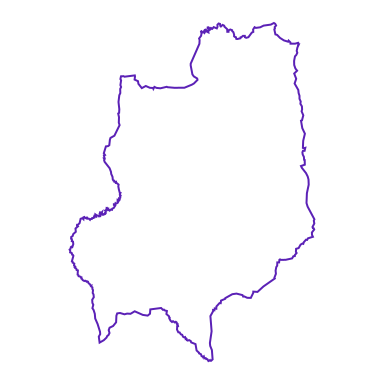 Mueang Nakhon Ratchasima, Nakhon Ratchasima, Thailand (Natural Earth projection)
{"feature_id": "78962969B83988834469907", "entity_name": "Mueang Nakhon Ratchasima", "entity_type": "district", "adm_level": 2, "iso_a3": "THA", "parent_name": "Thailand", "parent_adm1": "Nakhon Ratchasima", "projection": "natural_earth1", "projection_center": [102.052, 14.965], "detail": "fine", "context": "isolated", "style": "outline", "palette": "violet", "viewbox_px": 384, "rotation_deg": 0, "n_neighbors": 0, "source": "geoboundaries", "source_scale": "gbopen_adm2", "svg_char_len": 5890}
<svg xmlns="http://www.w3.org/2000/svg" viewBox="0 0 384 384"><path d="M298.2,42.8L295.0,43.7L290.5,43.7L290.4,42.4L288.6,40.6L288.1,41.7L283.9,40.4L280.0,37.9L277.1,34.9L275.4,34.4L274.3,29.3L274.9,28.6L274.7,27.1L276.1,25.5L275.2,23.8L273.9,23.0L270.8,24.6L263.6,25.6L260.2,27.3L255.8,27.9L254.6,27.2L253.1,29.5L253.3,31.9L251.8,32.6L248.4,37.2L246.2,37.8L244.9,37.2L244.8,35.9L242.9,35.9L241.4,37.2L240.6,37.3L240.4,38.3L237.4,39.0L236.3,38.9L235.9,37.2L234.6,36.8L234.0,36.1L234.2,35.0L233.4,32.2L232.2,31.1L232.1,30.2L230.3,29.5L228.6,30.3L228.5,31.8L227.3,31.8L227.2,29.2L224.4,26.6L224.2,25.7L222.6,24.9L220.9,26.5L220.3,25.9L220.0,23.9L218.6,23.5L217.4,24.8L217.5,26.9L216.8,28.4L213.7,27.1L212.3,28.8L210.9,27.9L209.9,28.6L208.5,27.3L207.7,27.4L207.6,28.3L210.0,29.7L208.2,31.0L208.4,32.4L206.6,31.5L206.9,30.5L205.5,29.6L204.8,29.9L204.1,31.0L205.1,31.8L204.4,33.0L203.3,31.9L202.4,32.5L201.5,31.2L201.0,31.5L201.5,33.5L201.1,35.8L199.1,38.5L199.6,40.0L199.4,43.8L190.7,63.7L190.7,65.5L192.4,74.4L193.8,76.4L197.2,78.5L197.5,79.9L193.9,83.5L191.8,84.7L184.5,87.7L174.4,87.8L167.5,87.2L166.8,86.8L160.4,88.3L156.5,87.9L154.4,86.9L153.4,88.8L153.1,88.0L149.9,87.8L145.8,86.0L141.8,88.1L138.4,83.8L138.0,81.2L134.6,79.6L135.0,76.4L134.8,75.4L124.5,76.7L123.6,76.2L121.0,76.3L120.4,79.1L121.1,80.3L120.4,85.1L121.1,87.0L120.2,88.9L120.3,93.1L119.3,95.2L118.5,102.0L119.3,109.2L119.1,112.9L118.2,113.5L119.0,117.2L118.8,122.7L119.6,125.1L114.4,135.7L110.5,137.9L109.9,139.7L109.3,145.2L108.1,146.1L105.9,146.4L103.8,153.3L105.0,155.0L103.9,155.5L104.6,158.2L103.9,158.3L104.5,159.4L104.1,160.1L104.6,161.8L109.6,168.2L111.0,171.9L111.2,173.9L112.5,176.8L112.8,179.6L113.5,180.7L114.1,180.7L114.4,181.8L116.0,181.7L115.9,183.0L116.8,183.1L118.6,184.6L118.3,186.4L118.9,189.6L119.8,192.9L120.4,193.0L119.8,194.2L120.6,195.6L120.0,195.9L120.3,197.7L119.4,198.9L119.0,198.6L118.9,199.3L119.6,199.8L119.2,200.5L118.5,200.7L118.3,199.9L117.6,199.7L117.6,200.7L118.4,201.1L117.7,201.7L118.0,202.2L117.7,202.8L115.9,203.8L115.4,203.3L114.9,204.7L113.9,204.4L113.9,205.0L115.2,205.7L113.7,208.0L112.2,208.7L112.0,209.8L110.7,209.6L109.7,210.6L108.3,209.2L108.4,210.0L108.0,210.2L107.1,209.4L107.9,208.4L106.6,208.0L106.4,209.7L105.2,210.5L105.9,211.2L105.0,212.9L105.7,213.2L105.2,214.0L103.1,214.8L102.7,213.8L101.7,213.4L102.0,212.1L101.4,212.7L100.1,212.3L99.8,213.2L100.5,213.3L100.3,214.1L100.9,214.8L100.1,215.1L100.2,216.2L98.9,216.4L98.2,215.5L97.0,215.5L95.4,214.4L95.4,215.2L96.4,215.8L96.3,216.6L95.3,216.1L94.8,217.0L94.2,216.2L93.4,218.0L92.1,218.1L91.9,218.9L90.4,219.1L90.0,219.8L88.9,218.7L87.3,218.3L86.7,216.8L86.6,218.5L84.6,217.6L84.3,217.0L83.5,217.3L83.4,219.2L82.3,218.2L80.6,218.8L79.6,223.1L77.9,224.8L77.1,224.8L77.0,225.7L77.9,226.4L75.5,228.5L75.8,231.8L73.3,234.0L72.6,236.1L71.2,237.0L71.1,238.7L71.7,238.9L72.0,240.0L71.8,241.2L73.0,241.6L73.3,244.1L72.3,247.1L71.4,246.7L70.8,247.2L70.6,248.7L69.6,249.6L70.3,251.1L70.1,252.4L71.8,253.1L72.1,254.6L72.8,254.8L73.4,255.8L71.9,261.3L72.6,261.8L72.6,262.6L74.3,263.6L74.0,265.4L75.0,266.4L74.7,266.9L75.3,267.1L75.1,267.9L76.3,268.7L76.6,270.0L77.9,270.4L77.6,274.6L78.4,275.2L78.6,276.2L80.7,276.8L81.1,277.8L81.5,277.7L81.5,278.7L82.1,279.0L82.7,280.1L84.3,281.0L85.2,280.7L86.7,281.7L87.0,281.3L88.0,281.7L88.6,283.3L89.9,284.2L90.8,286.0L91.4,285.7L91.3,286.4L92.4,287.4L92.4,289.0L93.0,290.1L92.7,293.0L93.5,294.4L93.8,297.2L92.2,299.8L92.4,302.9L93.3,304.8L92.4,308.2L93.6,310.0L94.8,313.8L95.2,318.5L97.6,324.0L100.0,331.7L100.2,334.1L98.8,336.6L99.6,342.6L103.8,340.2L106.5,337.6L107.3,335.9L108.4,335.2L109.5,333.0L108.7,330.1L109.6,327.7L113.1,326.0L116.1,322.3L116.4,315.7L117.2,313.4L120.0,313.0L124.5,314.3L127.1,313.6L130.5,313.8L134.7,311.3L142.8,314.9L147.7,315.6L150.0,313.7L150.3,309.4L161.1,308.0L162.9,309.8L163.9,309.6L164.5,310.3L166.9,311.0L166.4,314.0L169.1,316.4L169.2,317.7L169.7,318.0L169.4,318.6L170.6,320.8L172.0,322.0L173.0,321.2L174.9,322.5L175.8,321.8L176.7,322.5L176.9,323.9L177.6,324.1L177.3,325.5L177.9,325.5L178.1,326.2L177.2,326.8L177.0,329.5L178.3,332.3L179.6,332.4L180.8,334.3L182.2,334.8L183.0,336.7L184.2,337.4L185.0,337.1L185.1,337.8L185.9,338.2L185.8,339.1L186.6,339.0L186.9,340.2L187.8,340.6L189.1,340.1L190.7,341.0L191.2,342.4L195.5,344.1L196.6,350.5L199.1,352.8L199.1,353.4L201.0,354.3L201.6,356.2L202.7,356.5L203.0,357.1L203.8,356.4L204.3,358.3L205.0,358.0L206.0,358.3L206.2,359.1L207.4,359.2L208.4,361.0L209.8,360.2L209.9,360.7L211.1,360.8L212.6,359.4L211.9,350.1L210.2,345.9L209.9,343.0L211.6,331.3L210.4,316.1L213.1,311.2L213.1,310.0L214.4,310.3L214.7,308.4L216.3,308.7L216.4,306.5L219.5,303.1L220.7,303.2L221.0,300.6L225.2,298.8L225.3,298.1L232.3,294.2L236.5,293.6L242.5,295.1L243.2,296.6L244.2,296.4L247.2,297.8L250.8,297.9L253.2,293.0L253.3,291.6L257.5,291.9L263.4,286.5L274.8,278.5L274.4,277.7L275.9,273.8L275.6,270.6L276.3,267.0L277.2,265.7L277.3,262.4L279.1,262.4L279.4,259.8L280.0,259.4L281.0,259.9L285.7,259.8L292.1,258.4L293.4,256.2L294.8,256.1L294.9,255.0L296.6,253.0L295.9,251.9L296.1,248.8L298.6,248.1L300.6,244.6L302.5,243.5L303.3,243.8L303.8,242.2L306.0,239.7L307.1,239.9L308.0,238.3L312.9,236.8L312.0,234.9L311.9,232.5L314.2,229.5L313.7,228.3L312.9,228.1L312.5,227.0L314.3,223.5L313.8,220.7L314.4,219.3L307.6,206.6L306.5,203.0L306.9,193.2L308.7,184.7L308.5,179.5L307.7,176.5L306.0,173.1L301.9,167.9L301.0,166.0L304.8,164.7L304.7,160.0L304.1,159.8L303.9,156.9L302.7,154.5L302.4,152.3L303.0,150.8L304.6,150.8L305.3,147.8L303.8,148.2L302.9,147.9L303.2,140.8L304.9,133.7L302.3,128.2L301.0,120.7L302.0,120.3L303.3,115.3L301.6,111.3L302.1,109.4L301.9,106.3L300.4,103.8L300.7,101.5L299.5,98.8L299.5,95.8L298.6,93.0L298.3,90.0L294.6,83.5L296.2,78.8L294.2,73.5L297.1,70.7L295.4,68.5L294.2,65.0L294.1,60.9L295.0,56.3L296.2,55.1L297.3,52.8L296.7,50.9L297.4,47.5L298.7,44.7L298.2,44.8L298.5,43.4L298.2,42.8Z" fill="none" stroke="#5b21b6" stroke-width="2"/></svg>